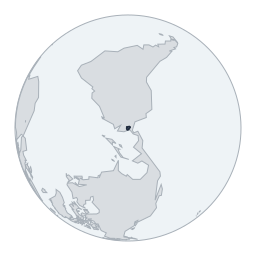 the Earth from above Córdoba, rotated 211°
{"feature_id": "COL-1316", "entity_name": "Córdoba", "entity_type": "Department", "adm_level": 1, "iso_a3": "COL", "parent_name": "Colombia", "parent_adm1": "", "projection": "orthographic", "projection_center": [-75.681, 8.405], "detail": "fine", "context": "on_globe", "style": "filled", "palette": "slate", "viewbox_px": 256, "rotation_deg": 211, "n_neighbors": 0, "source": "natural_earth", "source_scale": "10m", "svg_char_len": 8225}
<svg xmlns="http://www.w3.org/2000/svg" viewBox="0 0 256 256"><g transform="rotate(211 128 128)"><circle cx="128" cy="128" r="113" fill="#eef3f6" stroke="#a8b0b8"/><path d="M123.1,128.2L120.5,126.9L117.9,130.3L108.8,124.8L105.6,118.1L78.1,106.9L75.4,103.4L75.5,98.0L67.6,80.1L70.5,96.7L67.1,93.4L64.7,87.4L66.4,86.0L65.3,77.6L62.5,74.3L63.5,64.2L71.3,52.2L72.0,54.0L73.8,51.2L73.1,48.9L72.1,48.0L77.3,37.9L76.0,33.2L72.0,34.4L75.7,32.3L65.5,36.8L62.4,37.5L68.2,35.2L70.5,33.8L69.6,33.4L71.7,32.0L72.5,31.1L75.2,29.5L78.4,28.7L80.2,27.8L79.4,27.6L81.6,26.2L82.5,26.6L86.5,24.3L92.4,23.2L92.6,26.9L98.2,26.3L104.3,30.4L106.0,29.3L109.4,30.6L112.6,29.8L112.8,31.2L115.2,29.5L114.4,28.5L115.2,27.5L117.0,27.1L117.6,28.5L116.8,29.0L117.9,29.2L117.4,30.2L118.7,29.5L119.2,31.5L121.4,28.9L124.0,30.2L123.6,31.7L120.2,32.2L110.6,38.2L109.1,40.6L110.5,43.0L120.6,45.9L120.4,48.5L122.8,51.4L124.5,49.5L123.3,46.6L127.1,44.1L125.1,41.2L126.4,39.9L125.8,37.0L129.7,36.8L133.8,38.4L134.5,41.0L136.3,41.9L138.7,39.2L143.0,44.1L151.0,47.9L151.6,49.5L147.4,52.5L139.6,52.7L134.1,58.0L141.6,54.2L143.1,58.7L145.0,59.4L147.2,59.1L148.1,57.3L149.4,59.0L142.6,63.0L141.3,61.5L143.5,60.2L139.8,60.5L135.2,63.9L136.4,66.2L128.2,69.8L129.0,71.7L127.6,73.7L127.0,70.4L127.9,76.6L118.5,83.9L119.6,95.4L114.4,86.5L109.9,85.6L104.6,85.8L104.7,87.7L97.5,86.4L91.0,90.3L88.7,99.5L91.2,106.7L99.1,106.9L101.5,102.9L107.3,102.1L103.2,112.9L113.4,114.4L112.4,122.5L115.4,126.7L120.5,125.6L125.8,127.5L129.5,122.7L135.5,120.0L135.7,126.6L139.0,120.5L142.4,123.6L154.4,123.0L153.5,124.5L163.6,131.9L174.3,134.8L176.8,139.5L175.6,142.5L179.2,143.1L179.3,145.1L193.7,146.9L200.7,151.1L200.3,157.8L194.0,166.0L187.5,182.2L176.0,188.1L172.5,194.4L162.6,203.6L155.7,203.2L157.2,207.4L152.9,210.0L148.3,210.3L147.0,213.3L143.6,213.4L145.6,215.2L139.5,219.0L140.7,221.8L136.1,224.6L137.0,226.2L135.5,226.2L133.7,226.8L133.4,227.6L128.9,226.2L128.1,222.6L130.1,220.7L128.0,220.3L132.3,215.3L129.9,216.3L131.3,208.4L135.0,201.6L138.2,181.1L135.9,176.9L127.4,172.1L117.1,156.2L120.0,149.6L117.7,146.4L125.2,136.9L123.1,128.2ZM23.1,94.6L23.9,92.0L23.7,93.7L23.1,94.6ZM24.2,90.5L23.9,91.3L24.1,90.6L24.2,90.5ZM24.1,89.9L24.2,90.3L24.0,90.1L24.1,89.9ZM119.1,99.4L130.8,104.8L124.2,105.6L125.4,104.6L122.4,102.3L116.9,100.2L111.1,101.5L119.1,99.4ZM24.1,88.1L24.2,87.7L24.4,87.5L24.1,88.1ZM124.2,92.9L122.2,92.4L124.2,92.4L124.2,92.9ZM71.4,48.0L72.8,49.0L72.7,51.9L71.2,51.1L71.4,48.0ZM71.9,43.2L73.2,43.1L71.1,45.7L71.0,44.9L71.9,43.2ZM68.5,35.8L69.3,36.0L67.8,36.3L68.5,35.8ZM72.2,31.2L71.3,31.7L72.1,31.0L72.2,31.2ZM123.7,37.3L124.7,37.1L124.3,37.8L123.7,37.3ZM122.5,36.3L121.2,37.1L120.5,36.7L121.2,36.2L122.5,36.3ZM76.9,28.2L78.5,27.3L77.5,28.1L76.9,28.2ZM124.2,35.3L119.3,36.0L118.0,35.4L119.8,33.1L124.2,35.3ZM79.8,26.6L83.6,24.6L81.8,25.3L88.8,22.5L83.3,24.9L82.3,25.7L81.5,25.8L79.8,26.6ZM113.3,28.4L114.3,29.4L111.8,29.0L113.3,28.4ZM111.6,28.4L102.8,29.1L102.3,27.5L105.4,27.5L103.4,26.1L107.4,24.9L109.4,25.4L108.9,26.6L110.9,25.3L111.6,28.4ZM92.1,21.5L93.5,21.0L92.6,21.4L92.1,21.5ZM115.3,27.1L113.6,27.2L113.0,25.9L116.4,25.3L115.5,25.9L115.3,27.1ZM100.9,26.3L101.1,25.4L104.4,24.1L104.9,23.6L107.5,24.8L100.9,26.3ZM116.5,26.0L118.1,25.1L120.0,25.4L116.9,26.8L116.5,26.0ZM111.5,25.8L111.4,25.2L112.5,25.3L111.5,25.8ZM127.7,26.4L125.6,26.4L125.2,25.7L127.7,26.4ZM118.5,24.7L117.8,24.6L117.4,24.4L118.8,23.9L118.5,24.7ZM109.6,23.9L111.0,23.7L108.8,23.4L111.2,22.6L112.5,23.6L112.9,22.9L113.6,22.6L113.9,23.7L109.6,23.9ZM119.0,22.8L121.5,24.0L125.4,24.1L125.9,24.7L119.5,24.6L119.0,22.8ZM116.0,23.2L118.0,23.0L117.6,23.8L116.0,24.3L116.0,23.2ZM112.3,21.8L108.3,22.7L108.2,22.5L112.3,21.8ZM120.2,22.6L119.6,22.3L120.5,22.5L120.2,22.6ZM114.8,21.8L113.4,22.1L113.3,21.9L114.8,21.8ZM119.5,21.6L120.3,21.9L119.3,22.3L119.5,21.6ZM117.4,21.6L117.6,21.2L118.4,22.2L116.8,21.7L117.4,21.6ZM115.0,21.5L114.4,21.5L115.6,21.5L115.0,21.5ZM123.1,20.3L124.3,21.5L122.0,22.2L121.1,20.8L123.1,20.3ZM136.3,229.2L129.2,226.7L133.3,227.9L136.4,226.5L140.0,228.3L136.3,229.2ZM145.4,225.5L148.8,224.6L149.6,225.0L147.4,225.7L145.4,225.5ZM215.8,57.4L213.6,54.9L211.7,52.7L206.6,48.4L208.9,50.8L213.8,55.2L213.6,55.2L216.7,59.0L214.2,56.1L208.2,51.2L208.7,54.2L214.6,65.2L213.9,67.1L210.8,66.3L203.4,56.8L206.0,53.8L203.4,50.9L198.4,47.8L199.6,47.3L197.8,45.9L198.4,44.9L194.7,40.6L194.6,39.5L188.9,35.3L188.0,34.4L191.6,37.0L194.1,38.4L193.2,36.5L191.8,35.4L188.2,33.0L188.4,33.0L185.0,31.0L182.4,29.4L182.7,29.8L178.4,27.6L174.5,25.6L173.2,25.1L179.5,28.5L182.0,29.8L184.0,30.8L190.8,35.3L192.0,36.5L185.1,32.6L186.0,34.2L180.2,30.9L166.7,22.9L163.3,21.3L165.4,21.8L170.2,23.6L170.3,23.6L170.9,23.8L178.2,27.2L185.4,31.1L192.2,35.4L198.7,40.3L204.8,45.6L210.5,51.3L215.8,57.4ZM92.6,21.1L92.9,21.0L88.8,22.5L81.8,25.3L77.5,27.3L84.9,23.9L92.6,21.1ZM235.6,161.2L235.8,160.7L236.1,159.7L235.6,161.2ZM239.4,144.5L240.1,131.7L240.1,123.3L239.7,120.4L239.1,122.1L238.3,118.7L237.7,119.2L231.9,125.8L228.5,121.9L220.4,108.1L220.3,101.3L217.3,94.4L213.8,67.5L216.3,67.6L217.2,61.5L217.9,61.8L221.4,67.0L224.9,70.7L224.7,70.2L228.8,77.7L232.3,85.5L235.3,93.6L237.6,101.9L239.2,110.3L240.3,118.8L240.6,127.4L240.4,135.9L239.4,144.5ZM218.8,79.9L219.8,82.0L218.8,79.9ZM154.8,122.9L156.2,124.1L154.3,124.2L154.8,122.9ZM123.3,108.3L125.7,108.4L127.0,109.4L125.1,109.8L123.3,108.3ZM143.9,108.0L146.7,108.5L143.8,109.2L143.9,108.0ZM132.6,105.5L141.7,107.9L136.0,110.0L130.3,108.6L134.2,107.9L132.6,105.5ZM123.1,96.6L124.7,97.1L124.2,98.3L123.1,96.6ZM125.7,92.8L125.1,93.0L124.3,92.0L125.7,92.8ZM143.5,58.4L144.1,58.2L146.3,58.3L145.4,59.0L143.5,58.4ZM155.8,54.6L157.7,57.4L155.7,55.8L154.7,57.2L149.1,55.9L151.7,50.2L151.5,52.9L155.8,54.6ZM142.5,53.1L145.7,54.2L142.1,53.2L142.5,53.1ZM187.8,40.1L189.4,40.5L191.3,42.3L191.5,44.6L188.7,41.9L187.8,40.1ZM191.2,40.7L184.3,36.7L184.0,35.4L185.3,36.8L185.8,36.3L188.1,38.4L194.5,41.5L196.7,43.3L195.8,46.1L194.9,44.0L193.3,43.6L191.2,40.7ZM167.3,31.7L164.3,30.8L167.4,29.0L169.9,30.1L170.2,32.3L167.4,32.2L167.3,31.7ZM128.4,31.4L127.0,31.8L126.8,31.3L127.8,30.6L128.4,31.4ZM126.8,26.5L134.1,29.6L132.9,30.1L138.6,31.8L137.7,33.8L134.0,32.6L137.6,35.6L134.0,35.3L136.8,37.3L128.7,34.3L125.6,34.4L129.4,33.5L130.3,31.6L129.7,30.8L125.8,28.8L119.5,28.4L119.4,26.7L121.0,25.7L122.5,25.5L122.1,26.6L124.4,25.6L124.9,27.0L126.8,26.5ZM139.7,18.7L138.6,19.2L143.3,19.0L143.9,19.8L144.4,19.7L146.2,20.5L149.3,21.4L149.1,21.8L150.4,22.1L151.6,22.7L153.4,23.2L153.5,24.2L155.7,24.9L154.5,25.0L158.1,26.1L155.5,25.7L156.9,26.8L158.7,26.5L155.4,32.2L156.0,35.3L158.0,38.3L153.3,37.8L148.4,34.8L144.2,31.2L144.2,28.5L142.1,28.9L141.5,27.8L143.4,27.9L140.0,27.1L140.1,26.3L136.3,24.0L131.4,23.8L129.9,23.1L131.8,22.8L129.0,22.4L131.6,21.5L130.6,21.0L132.1,19.8L136.5,19.8L135.0,19.3L136.1,18.6L139.7,18.7ZM123.6,19.9L128.7,19.3L131.5,19.5L127.6,21.5L128.1,22.1L125.7,23.7L121.7,23.4L122.8,22.9L122.9,22.4L124.1,22.7L123.2,22.1L124.6,21.5L124.3,20.9L126.0,20.8L123.6,19.9ZM216.6,59.6L216.5,58.8L218.4,61.4L216.6,59.6ZM212.6,56.3L212.4,55.7L215.0,58.6L214.9,58.9L212.6,56.3ZM210.1,53.0L212.2,55.4L210.9,54.3L210.1,53.0ZM191.2,36.4L190.8,35.8L191.6,36.3L192.9,37.3L191.2,36.4ZM153.7,19.3L152.6,19.3L151.9,19.1L148.2,18.6L147.4,18.1L149.4,18.2L153.7,19.3ZM152.2,18.7L150.8,18.5L151.3,18.4L152.2,18.7ZM146.7,17.8L146.9,17.6L146.9,18.0L146.7,17.8ZM142.5,16.4L144.3,16.7L143.9,16.7L142.5,16.4ZM92.9,21.1L93.4,21.0L92.2,21.4L92.9,21.1Z" fill="#d9dde1" stroke="#a8b0b8" stroke-width="1"/><path d="M126.5,127.1L126.7,126.9L126.8,126.9L126.9,126.7L127.0,126.6L127.0,126.4L127.2,126.2L127.3,126.1L127.5,126.0L127.8,126.0L127.7,126.0L127.8,126.0L128.0,126.0L128.2,126.3L128.3,126.3L128.5,126.5L128.8,126.7L128.9,126.8L128.9,127.0L128.7,127.0L128.7,127.3L128.7,127.5L128.7,127.8L128.8,127.9L129.0,128.0L129.2,127.9L129.3,127.9L129.5,127.9L129.6,128.0L129.7,128.3L129.6,128.5L129.4,128.7L129.2,128.7L128.9,128.7L128.8,128.8L128.7,128.9L128.6,129.0L128.4,129.2L128.4,129.3L128.2,129.6L127.9,129.7L127.8,129.8L127.7,130.0L127.4,130.0L126.6,130.0L126.5,129.8L126.4,129.6L126.4,129.3L126.5,129.0L126.5,128.9L126.6,128.6L126.7,128.4L126.8,128.2L127.0,128.0L127.0,127.9L126.9,127.7L126.7,127.5L126.7,127.4L126.6,127.2L126.5,127.1Z" fill="#64748b" stroke="#1e293b" stroke-width="1.5"/></g></svg>